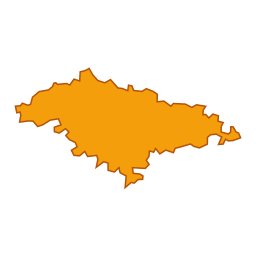 the district of Yakkabag, Kashkadarya, Uzbekistan
{"feature_id": "79887680B77871690978000", "entity_name": "Yakkabag", "entity_type": "district", "adm_level": 2, "iso_a3": "UZB", "parent_name": "Uzbekistan", "parent_adm1": "Kashkadarya", "projection": "natural_earth1", "projection_center": [66.844, 38.854], "detail": "fine", "context": "isolated", "style": "filled", "palette": "amber", "viewbox_px": 256, "rotation_deg": 0, "n_neighbors": 0, "source": "geoboundaries", "source_scale": "gbopen_adm2", "svg_char_len": 1601}
<svg xmlns="http://www.w3.org/2000/svg" viewBox="0 0 256 256"><path d="M240.6,137.8L238.6,133.1L235.9,131.8L233.2,126.9L230.8,126.8L230.6,132.0L228.4,134.0L221.1,132.0L221.2,126.5L223.2,122.6L218.0,121.2L218.4,115.8L212.9,114.1L208.8,117.9L205.8,114.5L203.0,114.7L203.2,110.1L205.7,106.3L196.5,104.8L191.8,107.4L185.4,104.1L173.4,103.5L170.9,106.2L163.9,101.1L157.1,101.8L157.3,94.2L153.1,91.4L146.3,88.7L142.0,91.4L133.7,90.5L131.9,85.9L128.5,85.2L127.8,90.7L122.0,88.4L118.0,88.0L110.5,79.6L104.8,82.8L97.8,80.5L92.7,74.8L89.1,68.4L86.9,69.8L83.8,71.0L80.2,71.9L79.7,81.0L74.0,79.1L69.8,85.0L66.4,83.5L57.5,84.4L55.8,82.7L53.8,83.2L52.5,86.6L48.5,89.9L39.2,91.6L32.5,97.2L30.6,104.2L28.0,105.3L22.3,103.2L20.5,105.7L15.4,106.2L16.8,112.8L20.1,112.1L20.8,115.3L19.6,122.1L27.9,121.0L33.0,121.1L37.7,126.5L42.8,124.8L50.1,120.2L58.4,118.8L61.0,124.9L54.3,127.2L54.4,131.7L59.2,133.1L65.5,128.7L68.9,132.0L65.8,135.6L69.5,139.7L75.3,142.5L77.1,146.8L71.4,150.3L74.0,155.4L79.6,155.8L84.8,151.4L87.6,156.5L96.7,155.4L97.9,159.4L96.2,167.3L103.8,161.7L108.0,163.1L108.1,170.3L114.5,172.0L118.9,167.6L120.1,172.7L126.2,176.0L125.1,187.6L131.1,182.5L134.3,183.1L138.1,179.5L142.6,179.4L143.0,176.0L139.8,174.0L133.2,173.3L132.5,167.7L145.3,168.4L149.1,164.5L146.3,160.2L149.0,156.3L149.4,151.0L153.7,152.2L155.6,148.5L159.8,153.9L165.8,150.1L173.4,152.7L175.2,148.3L179.2,147.3L190.5,144.0L193.9,146.4L199.5,147.9L207.3,144.2L207.5,137.3L210.5,134.8L216.1,134.1L221.7,137.0L218.5,144.5L223.1,144.1L225.6,139.2L228.3,140.9L233.1,140.5L240.6,137.8Z" fill="#f59e0b" stroke="#b45309" stroke-width="1.5"/></svg>